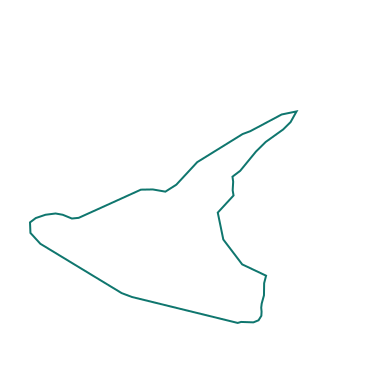 Andjouân, Mercator projection, rotated 121°
{"feature_id": "COM-4936", "entity_name": "Andjouân", "entity_type": "state/province", "adm_level": 1, "iso_a3": "COM", "parent_name": "Comoros", "parent_adm1": "", "projection": "mercator", "projection_center": [44.402, -12.222], "detail": "fine", "context": "isolated", "style": "outline", "palette": "teal", "viewbox_px": 384, "rotation_deg": 121, "n_neighbors": 0, "source": "natural_earth", "source_scale": "10m", "svg_char_len": 679}
<svg xmlns="http://www.w3.org/2000/svg" viewBox="0 0 384 384"><g transform="rotate(121 192 192)"><path d="M314.9,200.2L314.5,295.3L310.3,309.4L301.5,315.2L294.8,312.5L287.0,305.9L280.7,297.9L278.1,291.1L276.6,281.3L272.5,275.8L216.3,237.0L210.0,226.9L205.4,215.0L193.8,209.2L163.7,202.9L116.3,178.5L109.9,173.4L79.4,155.1L69.1,143.9L81.3,143.5L91.5,146.1L111.1,154.6L124.4,158.0L149.0,161.6L158.0,165.2L162.0,162.0L169.6,158.0L173.6,154.6L196.4,159.3L216.6,140.7L228.2,111.7L225.6,85.4L233.0,83.2L243.5,77.1L251.7,74.8L255.5,73.1L258.8,70.7L262.4,68.8L267.7,68.9L272.1,72.2L278.1,83.0L280.7,85.4L312.9,189.3L314.9,200.2Z" fill="none" stroke="#0f766e" stroke-width="2"/></g></svg>